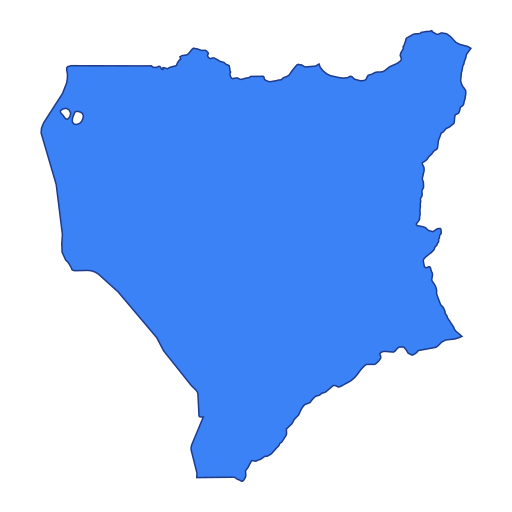 Niassa, Albers equal-area conic projection
{"feature_id": "MOZ-1199", "entity_name": "Niassa", "entity_type": "Province", "adm_level": 1, "iso_a3": "MOZ", "parent_name": "Mozambique", "parent_adm1": "", "projection": "albers", "projection_center": [37.064, -13.372], "detail": "fine", "context": "isolated", "style": "filled", "palette": "blue", "viewbox_px": 512, "rotation_deg": 0, "n_neighbors": 0, "source": "natural_earth", "source_scale": "10m", "svg_char_len": 5886}
<svg xmlns="http://www.w3.org/2000/svg" viewBox="0 0 512 512"><path d="M431.8,30.7L432.5,32.0L433.8,32.5L435.9,34.0L437.1,34.4L438.3,34.2L440.6,33.2L441.6,32.9L446.5,33.7L450.2,36.3L455.9,42.4L459.6,44.3L467.8,46.5L470.9,48.3L466.9,53.8L466.4,54.7L465.7,58.1L464.4,61.2L463.8,64.2L463.0,65.6L462.7,66.4L462.2,69.7L461.4,72.7L460.7,80.3L460.8,81.2L461.4,83.6L461.9,84.8L463.1,87.0L464.1,88.1L465.7,90.7L465.8,93.6L465.0,98.9L464.3,101.0L463.6,104.3L463.4,104.8L462.0,106.2L460.7,107.0L460.4,107.4L460.2,107.9L459.7,110.4L458.8,112.8L457.9,113.6L455.4,114.7L455.0,115.7L454.7,117.2L454.4,120.9L454.2,122.5L453.8,123.5L450.0,126.6L448.7,127.4L446.2,128.5L445.5,129.2L444.3,130.7L443.0,132.1L441.1,133.2L440.3,135.7L438.8,139.5L438.3,141.3L437.5,147.9L437.0,148.8L436.6,149.4L434.7,150.4L433.6,151.4L431.7,154.0L428.7,156.9L426.9,159.5L426.1,160.2L424.4,161.5L422.5,162.6L422.3,163.1L422.3,163.9L423.3,166.1L423.9,167.2L424.1,168.9L424.1,170.7L423.7,172.5L423.4,173.6L422.3,178.7L422.6,180.1L423.4,182.1L423.6,186.9L423.5,187.6L422.2,190.1L422.0,190.7L421.9,191.3L422.2,194.5L422.0,195.8L421.6,196.8L420.9,197.6L420.6,198.4L420.5,199.4L420.7,201.5L420.3,204.1L420.4,207.0L420.0,208.9L420.0,209.9L420.1,213.5L420.1,214.6L419.7,216.3L419.5,219.1L419.3,219.7L418.8,220.7L416.5,223.6L416.3,224.1L416.4,224.7L417.0,225.4L417.7,225.7L423.0,226.7L425.2,227.5L426.1,228.1L427.1,229.3L427.9,230.0L428.3,230.3L430.0,230.9L432.4,231.5L432.7,231.6L433.2,231.5L436.9,229.0L437.9,228.6L439.1,228.5L440.3,228.5L440.7,228.9L441.0,229.7L441.2,232.7L441.1,233.6L440.8,234.1L439.8,235.2L439.6,235.7L439.4,238.0L438.6,239.3L438.7,241.1L438.4,242.2L437.4,243.5L436.8,245.2L436.5,245.6L435.3,246.7L434.7,247.5L434.2,249.3L433.6,250.2L431.1,252.8L429.7,253.6L427.8,255.3L425.7,256.9L423.8,259.1L423.4,259.9L423.3,261.1L424.2,265.6L424.4,266.5L424.8,267.1L425.8,267.7L426.4,267.7L427.0,267.6L428.4,266.8L429.5,266.7L430.0,267.1L430.5,267.8L431.1,270.4L431.8,272.1L432.4,273.3L432.5,275.2L431.8,279.2L431.9,280.6L432.3,281.3L433.8,283.4L435.3,285.9L435.8,287.1L436.4,289.1L436.6,290.3L436.7,291.3L436.5,292.6L436.7,294.0L437.3,296.0L440.5,304.3L441.0,305.1L442.5,306.5L443.5,307.9L444.8,310.8L445.1,311.9L445.1,313.2L445.5,313.9L446.8,315.6L447.5,317.8L453.5,326.9L454.0,327.9L454.3,329.0L455.7,331.0L461.9,336.4L458.7,337.8L454.6,339.0L445.7,340.0L441.7,342.1L438.1,345.7L436.0,347.3L418.7,350.5L417.7,351.1L417.0,352.2L415.4,353.5L413.6,354.6L412.0,355.1L408.2,353.2L406.1,349.8L403.8,347.1L399.3,347.0L397.5,348.2L394.8,351.4L393.3,352.1L385.2,351.4L383.2,351.5L381.0,352.4L379.7,353.9L380.7,356.1L380.7,358.1L379.0,360.7L376.6,363.1L374.7,364.4L366.6,364.4L365.0,365.3L361.0,369.4L357.3,374.5L354.4,377.8L350.8,380.8L340.3,386.6L338.3,387.0L335.7,385.7L334.5,385.5L333.2,385.6L332.6,386.0L332.3,386.4L325.6,392.0L323.6,392.8L322.3,393.0L321.4,393.6L319.7,395.0L318.7,395.4L316.5,396.0L315.5,396.4L314.2,397.5L311.2,400.8L310.6,401.9L309.9,402.6L304.4,404.8L301.7,408.4L300.1,411.7L298.7,414.8L294.1,419.6L293.4,421.0L293.1,421.7L291.8,423.8L286.4,429.1L286.6,433.6L286.2,435.2L282.0,441.7L281.3,442.4L279.8,443.4L279.4,444.2L278.9,445.6L278.4,446.3L277.0,447.5L271.3,453.9L268.1,455.8L267.0,456.2L265.2,456.3L264.4,456.6L260.3,459.5L258.4,459.9L256.2,461.1L254.9,461.1L252.5,460.6L251.8,460.8L251.3,461.2L251.0,461.7L248.1,467.3L246.0,470.2L245.7,470.7L245.5,471.8L245.8,474.2L245.7,476.4L245.4,477.3L244.8,478.4L243.6,480.4L242.7,481.0L241.9,481.3L241.3,481.1L239.4,480.0L237.2,479.2L235.1,477.5L233.5,477.2L196.7,477.6L197.0,473.3L191.1,449.7L191.1,447.3L191.8,444.6L203.3,417.0L201.1,417.0L199.7,416.8L199.0,415.9L197.9,393.7L197.3,391.9L196.1,390.3L191.1,385.3L163.7,350.9L156.7,337.6L118.1,291.9L98.4,274.1L95.1,272.1L91.7,270.9L88.1,270.4L74.9,270.7L73.3,270.4L72.2,269.8L71.8,269.4L71.7,268.8L71.2,267.6L69.1,263.9L67.9,262.2L65.6,259.9L62.1,252.2L61.8,243.5L62.4,234.5L56.2,184.5L41.1,132.9L41.5,128.1L43.7,122.7L62.5,93.5L66.6,83.0L67.3,78.8L67.5,74.5L66.7,69.9L66.7,68.0L67.7,66.6L71.3,65.7L147.3,65.9L151.6,65.8L151.8,66.3L152.5,67.0L153.5,67.3L156.5,67.4L159.0,66.3L159.4,66.3L160.4,67.0L160.9,67.8L161.2,68.6L161.7,69.1L162.9,69.5L163.0,67.7L164.1,67.6L165.8,68.3L167.5,68.7L169.9,67.3L175.7,65.8L176.7,65.1L177.4,62.9L178.3,61.5L179.4,60.0L180.7,59.2L179.9,56.9L181.8,55.7L187.0,54.8L188.8,53.3L192.1,49.2L193.4,48.2L197.7,49.0L201.3,50.4L205.2,50.3L206.6,51.0L208.4,53.2L207.5,55.6L208.4,57.6L210.3,58.6L212.4,58.0L213.9,57.9L216.0,58.9L219.8,61.2L220.9,61.6L223.2,62.2L224.2,62.6L226.4,64.6L227.4,64.8L229.1,65.6L229.6,67.6L229.9,70.0L230.6,72.1L229.9,73.7L230.3,75.9L231.2,77.8L232.4,78.6L236.7,77.9L237.9,78.1L239.5,79.1L240.6,79.4L242.1,79.2L245.9,78.1L249.2,77.6L250.4,76.6L250.9,76.4L263.1,76.3L263.9,76.9L264.5,79.4L265.2,80.0L268.4,81.5L270.2,81.7L276.7,80.6L278.2,80.1L281.0,79.8L281.8,79.3L282.3,78.6L283.3,77.8L287.2,76.3L288.4,75.6L289.3,74.8L292.2,70.5L296.9,64.9L298.6,64.3L299.6,64.8L301.7,64.9L304.3,66.6L305.8,66.9L315.4,66.1L316.4,65.6L319.0,64.0L320.2,67.2L323.0,70.8L326.7,73.8L330.3,75.6L339.2,77.6L343.7,78.1L347.4,77.7L350.1,76.4L351.0,76.3L352.2,76.9L354.1,78.8L354.9,79.3L360.1,80.7L362.4,80.7L364.4,80.4L365.1,80.0L366.0,79.3L367.2,76.8L368.0,75.4L369.2,74.9L371.4,74.4L375.2,72.4L377.4,72.0L380.7,72.0L383.0,71.6L384.9,70.5L389.5,66.8L397.1,63.4L399.3,61.9L400.6,60.7L401.4,59.3L401.2,58.0L400.6,56.7L400.2,55.3L400.8,52.9L403.3,48.5L403.1,46.6L404.1,45.3L405.7,40.5L406.0,38.9L406.7,38.0L413.3,34.3L415.0,33.9L419.2,33.6L420.2,33.4L421.2,32.4L427.1,31.4L430.3,31.4L430.6,31.0L431.1,30.7L431.8,30.7ZM75.8,124.5L78.1,124.1L80.3,122.9L81.9,120.9L83.0,118.2L83.3,115.5L82.4,113.4L80.8,112.3L78.4,111.5L76.2,111.4L74.8,112.3L72.9,117.0L72.3,119.5L72.3,121.7L73.7,123.9L75.8,124.5ZM62.5,109.1L60.3,110.9L60.6,112.7L63.4,115.8L64.7,117.7L66.1,119.1L67.6,119.1L69.7,117.0L70.7,113.3L69.2,110.0L66.2,108.3L62.5,109.1Z" fill="#3b82f6" stroke="#1e3a8a" stroke-width="1.5"/></svg>